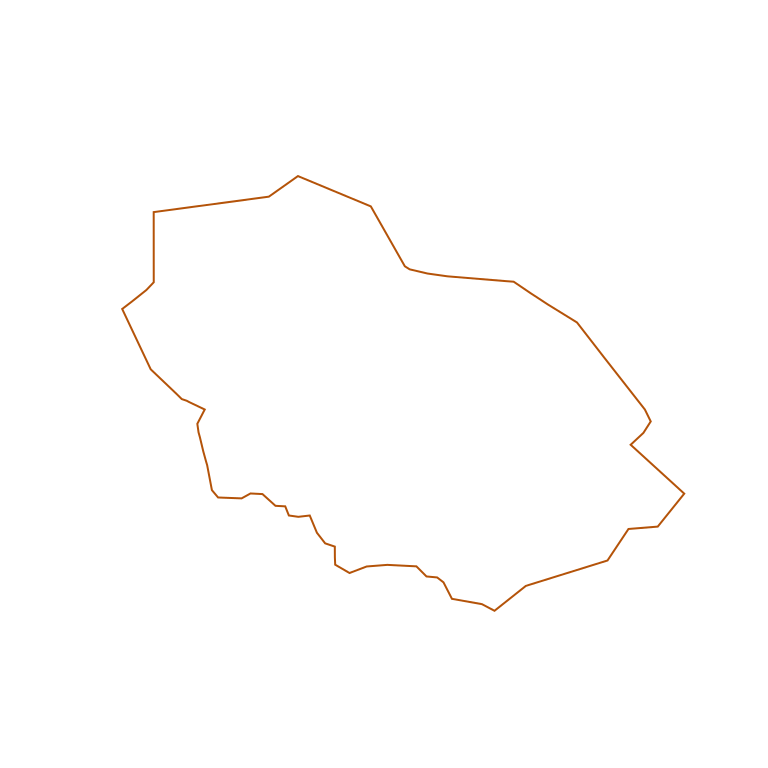 Asari-Toru, Rivers, Nigeria, rotated 326°
{"feature_id": "59680162B173222965225", "entity_name": "Asari-Toru", "entity_type": "district", "adm_level": 2, "iso_a3": "NGA", "parent_name": "Nigeria", "parent_adm1": "Rivers", "projection": "albers", "projection_center": [6.83, 4.747], "detail": "fine", "context": "isolated", "style": "outline", "palette": "amber", "viewbox_px": 768, "rotation_deg": 326, "n_neighbors": 0, "source": "geoboundaries", "source_scale": "gbopen_adm2", "svg_char_len": 1006}
<svg xmlns="http://www.w3.org/2000/svg" viewBox="0 0 768 768"><g transform="rotate(326 384 384)"><path d="M548.7,371.7L543.1,367.3L496.8,330.2L481.8,316.7L469.4,303.3L467.1,298.1L472.4,229.4L449.9,195.3L428.9,163.5L393.3,164.3L289.2,112.7L250.0,170.9L239.5,173.2L220.6,174.7L208.9,175.4L198.8,241.4L206.5,276.4L207.9,283.4L211.1,287.6L212.3,289.9L212.4,290.1L221.1,304.9L207.0,312.6L203.2,320.4L201.6,325.2L196.5,338.8L193.1,348.9L192.0,352.4L182.0,375.7L182.0,376.0L183.0,385.3L187.2,388.4L202.0,399.2L212.1,400.1L221.7,407.3L225.9,424.3L233.7,430.2L231.6,439.8L238.7,446.2L248.9,451.5L245.2,469.8L246.1,483.2L252.3,491.3L246.3,500.3L242.5,506.5L249.7,521.4L267.6,525.6L285.6,535.8L308.9,553.3L311.6,567.3L319.9,574.1L322.4,581.7L320.2,600.1L342.1,621.3L348.8,633.8L388.7,630.7L470.6,655.3L505.6,640.9L531.2,655.3L550.6,649.3L571.6,642.8L554.5,572.3L571.7,569.6L584.2,564.2L586.0,551.1L581.3,484.8L578.4,440.9L564.4,409.9L556.4,390.9L548.7,371.7Z" fill="none" stroke="#b45309" stroke-width="2"/></g></svg>